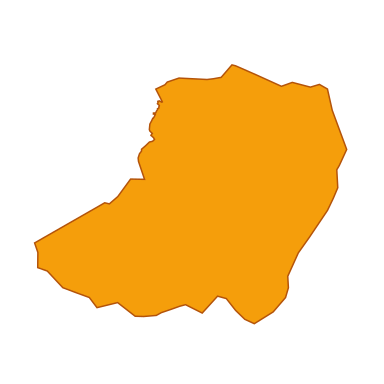 outline of Irewole, Osun, Nigeria, rotated 104°
{"feature_id": "59680162B22633527707210", "entity_name": "Irewole", "entity_type": "district", "adm_level": 2, "iso_a3": "NGA", "parent_name": "Nigeria", "parent_adm1": "Osun", "projection": "orthographic", "projection_center": [4.216, 7.398], "detail": "fine", "context": "isolated", "style": "filled", "palette": "amber", "viewbox_px": 384, "rotation_deg": 104, "n_neighbors": 0, "source": "geoboundaries", "source_scale": "gbopen_adm2", "svg_char_len": 1339}
<svg xmlns="http://www.w3.org/2000/svg" viewBox="0 0 384 384"><g transform="rotate(104 192 192)"><path d="M279.5,332.4L288.0,326.9L302.7,323.4L303.7,313.3L316.1,294.2L317.8,279.5L319.2,266.1L327.2,256.2L317.3,237.4L326.3,217.1L324.5,208.8L320.4,196.8L316.5,192.6L310.9,183.9L305.9,176.4L302.9,171.0L307.0,152.8L286.9,142.0L287.1,132.9L296.3,121.1L302.8,109.9L304.7,99.7L288.7,84.2L271.8,75.7L261.6,75.3L250.6,78.7L225.3,74.1L207.4,67.1L177.1,56.1L164.0,53.4L152.6,51.6L135.4,56.9L130.7,55.5L113.3,52.2L78.8,75.7L59.3,85.5L56.8,94.4L61.6,102.5L61.4,121.2L67.8,130.8L62.9,157.5L61.6,165.1L59.0,180.3L59.0,184.0L73.7,191.4L77.0,198.8L79.2,204.6L84.6,232.2L91.3,242.6L94.5,244.2L100.9,252.0L111.7,242.6L112.2,243.0L111.5,245.8L112.3,247.1L113.4,246.6L114.7,246.9L115.9,244.7L116.3,244.5L117.4,244.8L118.6,244.5L119.5,245.6L120.2,245.3L122.3,246.1L123.9,246.3L124.6,247.9L124.7,248.5L125.7,248.3L125.5,247.1L125.6,246.4L127.9,246.8L130.0,247.5L130.0,247.9L133.2,248.5L133.8,248.7L136.3,249.3L141.7,248.5L143.0,247.7L143.8,246.4L144.8,244.7L146.9,245.6L147.1,245.5L147.2,245.0L148.6,242.5L150.0,241.1L150.9,241.6L152.4,242.6L153.8,245.4L158.6,248.4L162.7,251.3L164.6,250.9L167.5,252.2L172.0,252.5L175.3,251.3L191.2,241.1L194.3,254.7L214.4,262.9L223.5,269.3L223.6,274.1L279.5,332.4Z" fill="#f59e0b" stroke="#b45309" stroke-width="1.5"/></g></svg>